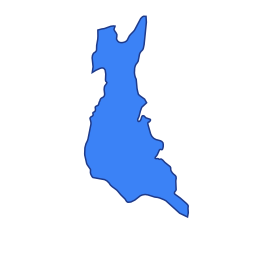 SVG path tracing the border of Los Rios, rotated 343°
{"feature_id": "ECU-1281", "entity_name": "Los Rios", "entity_type": "Province", "adm_level": 1, "iso_a3": "ECU", "parent_name": "Ecuador", "parent_adm1": "", "projection": "albers", "projection_center": [-79.444, -1.349], "detail": "fine", "context": "isolated", "style": "filled", "palette": "blue", "viewbox_px": 256, "rotation_deg": 343, "n_neighbors": 0, "source": "natural_earth", "source_scale": "10m", "svg_char_len": 2834}
<svg xmlns="http://www.w3.org/2000/svg" viewBox="0 0 256 256"><g transform="rotate(343 128 128)"><path d="M153.2,109.3L147.2,112.2L144.8,115.4L141.8,120.3L139.8,122.5L139.5,124.0L139.9,124.8L140.8,125.0L141.9,124.5L142.8,123.7L144.4,121.3L145.2,120.6L146.0,120.6L146.9,121.2L148.1,123.5L151.7,126.1L151.9,126.8L151.5,127.5L150.8,128.0L150.1,128.4L149.5,128.3L148.9,128.5L148.3,129.3L148.1,130.6L147.9,140.4L148.4,143.1L149.5,145.3L151.2,147.1L155.3,149.7L156.4,150.8L157.1,152.4L156.9,154.1L156.3,155.9L155.7,157.1L155.0,158.1L154.4,158.6L153.9,158.6L153.1,158.1L152.5,157.9L151.7,158.1L148.2,162.1L147.2,162.9L146.2,163.5L145.5,164.0L145.1,164.8L145.6,165.4L146.4,165.7L147.3,165.9L148.0,166.2L148.5,167.0L149.1,167.2L150.0,167.2L150.8,167.5L151.8,168.8L153.2,171.7L157.0,177.3L157.2,178.3L156.6,180.9L156.8,182.2L157.3,183.9L158.2,185.6L159.1,186.9L159.7,188.3L159.4,190.1L158.2,192.6L156.0,201.1L155.4,201.8L153.9,202.8L153.3,203.9L153.5,205.0L157.5,210.3L161.9,217.4L162.7,219.2L162.8,220.2L161.9,222.3L160.9,226.6L158.9,230.5L152.5,224.6L143.0,208.7L141.4,207.1L137.7,204.1L136.1,203.1L133.3,201.8L127.5,197.8L125.0,196.6L122.3,196.2L120.0,196.4L113.5,198.9L109.1,199.6L106.2,199.0L105.2,197.9L104.4,195.0L101.6,189.8L99.8,185.5L99.0,183.9L95.8,179.6L94.6,177.6L93.7,174.8L92.3,172.3L90.5,170.5L80.0,165.1L79.5,164.2L79.2,163.0L78.9,161.2L79.0,159.7L79.8,157.4L80.0,156.6L78.2,151.0L78.1,149.6L78.7,141.6L79.0,140.1L81.0,134.4L81.7,133.2L83.2,130.8L85.5,128.3L86.5,126.9L93.7,113.5L94.1,112.3L94.3,111.0L94.4,108.5L94.5,107.6L94.9,107.1L95.4,106.7L96.0,106.5L97.4,106.2L98.0,105.9L98.5,105.3L98.7,103.9L98.9,103.2L99.4,102.9L99.9,102.8L100.8,102.6L101.5,102.2L102.0,101.4L102.4,100.5L102.6,98.9L103.1,98.1L104.0,97.8L106.0,97.5L106.8,96.8L108.0,94.9L109.4,93.4L109.8,92.6L110.7,91.9L111.9,91.5L113.0,91.3L114.1,90.9L115.0,90.0L115.6,88.7L116.4,84.3L116.8,83.3L117.4,81.9L118.2,80.9L119.3,80.1L120.3,79.4L121.1,78.4L120.9,77.6L120.4,76.7L120.5,75.5L122.5,69.9L123.1,65.8L122.3,63.8L120.7,62.9L118.7,62.8L114.2,63.4L110.0,64.5L112.5,59.3L114.2,50.5L115.2,48.3L116.5,46.8L117.7,46.1L119.0,45.8L120.3,44.9L120.7,44.2L122.2,39.8L125.1,34.1L126.1,31.4L127.8,25.5L131.6,25.6L134.4,26.0L141.3,25.7L144.1,26.2L145.4,26.8L144.9,27.6L144.1,28.5L143.4,29.7L143.7,31.5L144.4,33.6L144.7,35.4L144.2,36.9L143.4,38.6L143.0,39.7L143.3,41.0L143.6,42.0L144.3,43.1L145.5,44.0L147.1,44.6L148.7,44.8L150.3,44.8L152.1,44.3L153.3,43.4L154.7,41.9L156.4,40.2L158.1,39.1L161.4,37.3L162.8,36.4L172.2,27.0L174.3,25.9L175.6,25.7L177.9,26.5L176.5,32.2L167.8,52.9L166.0,56.2L165.1,57.3L164.0,58.0L163.0,58.5L161.7,59.5L160.7,60.6L157.3,67.0L155.9,68.3L154.3,69.4L153.1,70.7L151.9,72.6L150.3,77.0L149.9,79.3L149.8,81.6L150.1,83.8L148.2,92.8L147.9,95.9L147.8,98.9L149.0,100.9L152.3,105.2L153.2,109.3Z" fill="#3b82f6" stroke="#1e3a8a" stroke-width="1.5"/></g></svg>